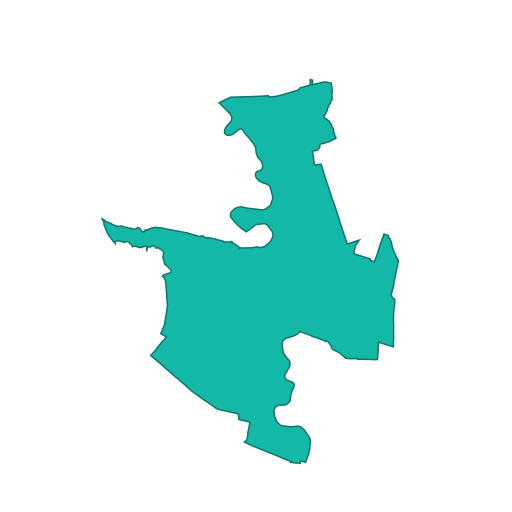 Lespezi, Iasi, Romania (orthographic projection), rotated 17°
{"feature_id": "2599482B74644698541677", "entity_name": "Lespezi", "entity_type": "district", "adm_level": 2, "iso_a3": "ROU", "parent_name": "Romania", "parent_adm1": "Iasi", "projection": "orthographic", "projection_center": [26.683, 47.358], "detail": "fine", "context": "isolated", "style": "filled", "palette": "teal", "viewbox_px": 512, "rotation_deg": 17, "n_neighbors": 0, "source": "geoboundaries", "source_scale": "gbopen_adm2", "svg_char_len": 6116}
<svg xmlns="http://www.w3.org/2000/svg" viewBox="0 0 512 512"><g transform="rotate(17 256 256)"><path d="M383.8,207.6L381.5,203.4L379.3,200.5L378.9,200.1L378.1,200.0L377.3,199.3L376.4,197.7L371.9,197.6L371.8,199.0L372.1,200.2L371.7,202.7L371.5,206.2L371.4,210.6L371.4,218.5L370.9,227.0L366.1,226.7L366.1,225.4L348.9,225.2L348.2,218.4L348.2,216.9L348.3,216.2L350.1,210.6L339.8,217.8L330.4,204.8L315.9,183.8L312.3,179.2L306.1,170.3L301.4,163.9L291.4,149.1L285.5,152.0L283.9,148.9L279.3,139.1L282.2,137.9L283.8,136.9L284.4,135.7L285.2,133.0L284.4,131.4L284.6,130.7L285.4,129.7L287.7,128.6L292.7,125.0L297.6,120.5L298.0,119.9L297.8,119.5L297.3,119.2L297.3,118.7L296.7,118.0L295.7,117.5L295.6,117.2L295.3,117.0L295.1,116.6L295.1,115.6L293.7,114.4L293.8,114.0L293.6,113.5L292.4,111.3L290.7,110.2L290.3,109.3L289.8,108.5L288.7,107.5L287.6,106.9L286.8,105.7L286.0,105.8L285.4,105.3L283.5,104.4L281.8,104.2L281.1,103.9L280.5,103.5L280.2,102.7L280.8,100.2L281.1,99.6L281.0,98.5L281.5,96.6L281.5,95.5L281.2,94.1L281.3,92.5L281.9,92.1L281.6,91.6L281.5,90.5L282.3,89.3L282.6,87.9L282.3,87.2L282.2,85.9L282.9,84.7L283.0,84.0L281.2,78.9L280.7,75.7L279.9,74.2L279.8,73.3L279.1,72.2L277.9,69.7L277.5,68.9L276.8,68.7L270.8,69.4L269.6,70.0L259.7,75.8L258.8,71.3L256.3,71.5L257.5,75.5L258.1,76.7L256.5,77.5L252.1,80.5L248.8,82.5L248.8,82.9L248.5,83.8L247.8,85.0L232.7,95.0L227.9,97.8L221.5,100.2L221.0,99.1L209.4,103.4L185.4,111.5L175.9,120.2L189.0,127.2L190.9,128.7L192.3,130.3L192.7,131.7L192.9,133.5L191.8,136.6L190.1,140.1L189.6,142.0L189.2,144.4L189.5,146.4L190.2,147.7L191.3,148.6L193.0,148.9L194.6,148.6L196.0,148.0L198.1,146.4L200.3,143.6L201.4,141.5L202.8,139.9L204.2,138.9L205.4,138.8L206.5,139.3L208.5,141.2L211.2,143.1L214.1,144.7L221.1,149.6L223.9,152.4L226.3,157.8L228.9,161.1L233.6,164.0L235.1,166.1L236.2,168.4L236.3,170.1L235.9,171.8L234.8,173.0L232.6,174.7L231.7,176.0L231.4,177.4L231.9,179.1L233.0,180.7L234.9,182.3L237.7,183.5L241.2,184.0L245.9,184.1L247.0,184.3L248.4,185.2L249.8,186.5L254.3,193.8L255.2,196.5L255.2,200.3L255.0,202.0L254.8,203.3L254.0,204.7L251.5,208.2L249.6,209.6L247.6,210.3L231.7,213.1L227.9,213.1L224.0,214.9L221.5,217.3L219.4,221.3L219.4,223.9L220.5,226.3L228.1,231.1L234.5,234.1L239.6,235.7L241.1,234.0L246.6,226.1L253.9,222.8L255.6,222.6L257.2,222.8L260.0,224.5L261.3,225.8L263.9,227.5L265.1,228.8L266.0,230.7L266.6,232.8L266.6,233.7L266.0,234.9L265.6,237.8L264.6,239.7L261.5,244.3L260.2,245.3L257.7,246.7L253.5,247.1L252.3,248.1L249.0,249.6L239.8,252.6L238.5,252.6L237.8,253.8L237.3,253.8L237.1,252.5L233.7,251.2L230.9,250.7L229.1,249.7L228.6,249.2L227.6,249.7L227.1,250.4L220.7,251.9L220.4,251.4L207.9,252.0L204.1,252.7L203.5,253.2L202.3,253.5L200.8,253.0L200.4,252.5L199.0,252.4L197.6,252.8L197.7,253.8L182.7,254.1L162.4,256.4L157.2,256.8L150.8,258.2L146.0,261.1L145.8,262.2L144.9,262.3L142.2,263.8L142.2,265.2L141.7,265.7L140.9,265.9L139.7,266.1L139.1,265.6L137.2,263.8L135.3,263.2L134.8,263.3L133.4,264.8L132.3,265.6L131.1,266.2L128.0,266.0L126.4,266.6L123.9,266.4L120.7,266.9L119.8,266.6L118.7,266.6L117.9,266.9L116.5,267.7L115.3,268.1L109.5,267.9L107.9,267.3L106.0,267.0L102.6,267.0L100.4,266.0L98.0,265.5L98.7,266.5L99.9,267.1L100.4,267.7L101.3,270.1L103.9,273.6L108.2,278.5L109.0,279.3L112.5,281.8L114.6,283.2L116.6,284.3L117.8,285.2L117.1,283.1L117.9,282.2L119.9,281.8L123.3,281.5L124.6,281.2L125.4,281.8L126.0,281.6L126.8,280.7L127.7,280.3L130.0,279.7L130.6,280.2L132.1,281.1L132.6,281.3L133.6,281.3L135.0,283.3L136.2,282.5L138.2,281.9L142.5,282.0L144.4,280.6L145.0,280.9L145.0,280.1L146.8,279.1L147.6,279.0L148.8,279.3L149.1,279.7L149.7,281.7L149.7,282.7L149.9,282.8L150.1,281.9L149.7,279.7L150.0,278.9L150.3,278.7L151.9,278.5L154.2,276.7L155.0,276.3L156.5,276.4L158.1,277.8L158.3,277.8L158.6,277.2L158.8,277.0L160.9,276.8L161.7,277.4L162.3,277.6L163.2,277.6L165.1,278.2L165.8,278.8L166.7,279.9L166.9,280.4L166.8,281.2L167.4,283.5L167.3,284.7L168.8,286.6L169.7,288.1L170.4,289.7L171.4,290.8L173.5,291.3L179.4,294.8L179.4,296.2L178.3,297.5L177.6,298.1L174.3,300.2L173.2,301.3L172.5,302.5L172.9,302.4L173.4,302.7L176.9,306.4L180.5,315.5L184.3,325.6L185.7,328.6L187.2,338.3L188.4,347.8L188.6,347.8L187.7,358.2L194.0,359.5L188.5,372.1L189.0,372.1L184.4,382.0L196.6,387.1L201.6,389.6L206.3,391.5L213.3,394.7L226.3,400.3L233.5,403.8L246.2,408.2L252.2,409.9L262.3,413.3L264.7,413.7L285.2,412.1L287.5,417.4L298.7,416.6L299.5,423.2L299.8,427.1L300.0,427.1L300.1,427.6L301.0,433.7L300.9,434.5L299.3,437.4L310.2,438.8L338.9,441.3L341.0,441.7L347.0,442.1L348.6,442.6L349.7,443.3L350.0,443.1L349.9,442.8L350.0,442.3L351.1,442.3L351.8,442.9L355.1,442.2L356.5,441.7L358.9,441.4L358.7,439.0L363.8,438.7L364.0,433.2L364.2,430.3L363.9,425.5L362.4,417.8L362.0,416.5L361.6,415.8L359.9,413.7L353.7,408.7L349.5,406.5L347.1,406.2L345.9,406.4L342.1,408.1L338.6,409.3L329.4,410.8L328.1,410.4L324.9,408.6L323.2,406.9L321.2,404.4L320.1,402.9L318.4,398.5L318.5,396.0L318.8,394.9L319.4,393.8L321.5,391.8L326.8,390.2L328.2,389.3L329.3,388.2L330.8,385.3L330.9,384.6L330.8,383.6L330.0,379.3L329.8,375.8L330.5,370.7L330.5,369.6L330.4,368.8L329.7,367.2L328.4,366.3L327.4,366.0L323.2,365.7L321.6,365.4L320.4,364.8L319.5,364.1L318.8,363.1L318.5,362.1L318.5,360.2L320.4,352.6L320.4,351.1L320.0,349.2L319.4,347.4L318.9,346.7L311.8,342.0L310.4,340.3L308.5,336.9L307.1,333.2L306.6,331.7L306.4,330.5L306.6,329.6L306.9,328.6L308.3,326.5L309.2,325.5L314.4,322.2L316.5,320.5L318.5,318.3L319.2,317.2L320.0,315.4L332.5,316.0L333.1,316.5L338.3,316.4L346.4,317.1L350.0,317.0L353.1,319.2L356.4,322.8L364.3,324.3L371.0,327.1L371.3,327.3L371.4,327.6L376.0,326.7L382.9,324.5L383.3,324.5L383.5,325.0L388.7,323.4L401.9,319.8L402.2,319.6L402.3,319.3L402.1,317.7L401.3,314.6L400.6,311.0L400.0,309.3L398.3,302.6L414.0,302.7L412.5,297.7L411.7,294.3L410.0,289.2L408.0,282.2L406.3,277.4L404.3,270.4L403.9,268.7L402.5,260.8L401.9,258.4L401.2,256.7L398.9,256.1L398.2,255.6L397.0,254.0L396.6,253.1L396.5,249.6L396.3,248.3L396.5,247.3L396.2,244.9L396.3,243.2L396.0,243.1L395.6,240.7L395.1,233.5L394.3,226.8L394.0,221.9L393.6,219.1L392.6,217.6L390.6,215.9L385.8,210.5L383.8,207.6Z" fill="#14b8a6" stroke="#0f766e" stroke-width="1.5"/></g></svg>